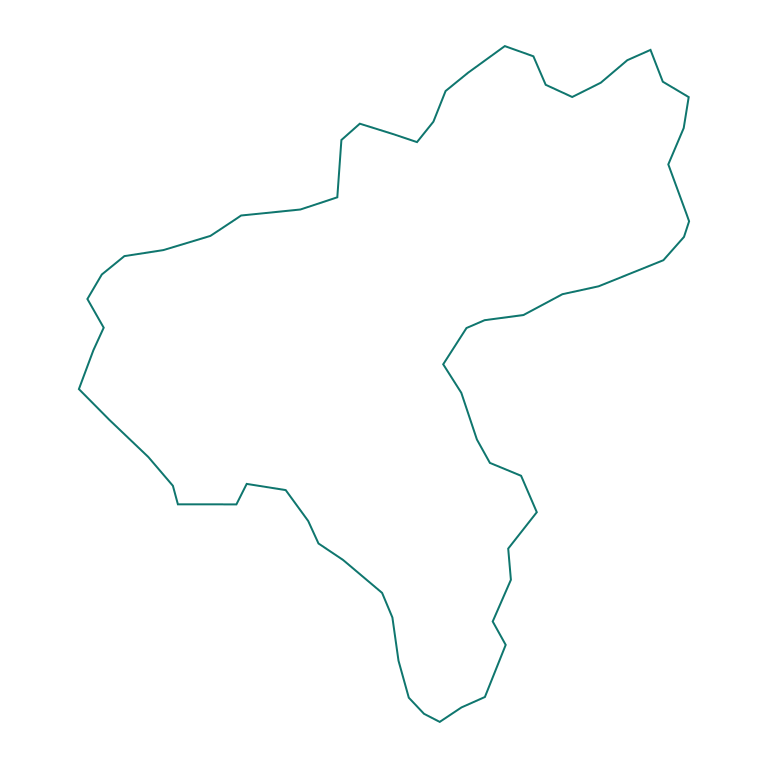 Lessebo, Kronoberg, Sweden (Albers equal-area conic projection)
{"feature_id": "70781695B14820024771032", "entity_name": "Lessebo", "entity_type": "district", "adm_level": 2, "iso_a3": "SWE", "parent_name": "Sweden", "parent_adm1": "Kronoberg", "projection": "albers", "projection_center": [15.351, 56.783], "detail": "fine", "context": "isolated", "style": "outline", "palette": "teal", "viewbox_px": 768, "rotation_deg": 0, "n_neighbors": 0, "source": "geoboundaries", "source_scale": "gbopen_adm2", "svg_char_len": 941}
<svg xmlns="http://www.w3.org/2000/svg" viewBox="0 0 768 768"><path d="M686.8,214.8L668.3,164.4L683.7,128.1L688.7,97.1L662.8,81.7L650.5,49.9L627.3,60.2L600.8,82.7L572.2,97.0L545.7,84.8L533.4,56.3L504.8,46.1L468.1,72.7L445.6,91.0L433.4,121.7L417.0,142.1L392.5,133.9L359.8,123.7L341.4,140.0L337.3,197.3L300.4,209.5L241.1,215.5L237.0,218.3L210.4,235.9L163.3,250.1L124.4,256.1L101.8,274.5L87.4,299.0L103.7,327.7L93.4,350.2L78.9,389.1L109.5,420.0L148.3,457.0L172.9,485.8L177.9,504.3L195.4,504.3L236.4,504.4L246.7,483.9L285.7,490.1L308.2,521.0L318.5,543.5L343.1,560.0L382.1,592.9L392.4,617.5L398.5,660.7L408.8,697.7L424.0,713.8L439.7,721.9L461.5,707.4L484.9,697.0L505.7,644.9L492.7,621.5L510.9,579.8L508.2,548.6L536.8,512.2L521.1,475.8L489.9,462.9L476.9,439.5L461.3,392.8L443.2,364.3L466.5,328.0L484.6,320.2L523.5,315.0L562.4,294.2L598.6,286.3L663.4,260.2L684.0,236.9L689.1,221.3L686.8,214.8Z" fill="none" stroke="#0f766e" stroke-width="2"/></svg>